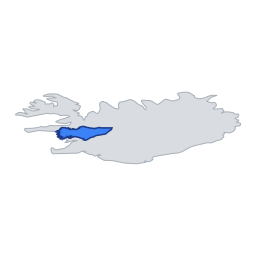 Borgarbyggð, Vesturland, Iceland (highlighted)
{"feature_id": "244011B50787148750106", "entity_name": "Borgarbyggð", "entity_type": "district", "adm_level": 2, "iso_a3": "ISL", "parent_name": "Iceland", "parent_adm1": "Vesturland", "projection": "equal_earth", "projection_center": [-22.083, 64.706], "detail": "fine", "context": "in_parent", "style": "filled", "palette": "blue", "viewbox_px": 256, "rotation_deg": 0, "n_neighbors": 0, "source": "geoboundaries", "source_scale": "gbopen_adm2", "svg_char_len": 7910}
<svg xmlns="http://www.w3.org/2000/svg" viewBox="0 0 256 256"><path d="M198.1,98.7L200.4,98.7L204.2,98.0L209.6,95.8L211.9,95.3L217.2,95.3L210.9,97.4L208.6,99.8L206.9,101.0L207.0,101.5L211.6,102.9L213.8,102.4L214.8,102.6L215.7,103.3L216.4,104.7L216.1,106.1L214.8,107.5L213.2,108.7L213.4,109.0L214.9,109.2L222.3,108.5L223.3,110.3L224.0,110.8L223.8,111.4L221.0,113.3L224.4,112.1L227.2,111.8L232.0,112.4L234.0,113.1L235.2,114.3L237.6,113.9L238.7,114.6L238.8,115.3L237.9,117.3L235.1,118.3L236.9,119.8L238.4,119.8L238.7,120.1L238.6,121.0L236.5,122.0L240.1,123.2L240.6,123.6L240.5,124.9L240.0,125.6L238.9,126.1L236.3,126.1L234.8,126.6L235.4,127.4L235.0,129.6L233.1,131.4L231.3,132.4L229.4,133.0L224.2,132.3L224.5,133.9L222.7,134.9L223.1,135.7L223.8,136.1L223.6,137.1L221.3,139.3L219.7,140.0L216.4,140.8L211.7,142.8L206.8,142.8L195.0,145.6L190.3,147.1L182.0,151.7L178.5,152.9L172.4,153.5L154.0,156.5L152.0,158.4L151.9,158.8L152.8,159.5L151.4,160.8L148.7,161.7L147.4,161.7L145.0,160.9L144.8,161.3L145.7,162.3L136.7,163.8L124.1,163.0L113.0,160.7L104.1,160.3L97.9,157.1L97.7,156.7L98.4,155.7L100.6,155.3L99.5,154.3L95.8,156.0L94.6,156.0L93.0,155.3L92.9,154.6L89.8,154.4L84.4,152.4L84.0,151.9L85.3,151.3L85.0,151.2L82.1,151.3L77.8,153.1L52.7,153.8L51.8,152.8L50.8,149.3L51.7,147.8L52.7,147.9L55.6,149.9L62.4,148.8L65.1,148.1L67.7,146.1L69.1,145.5L71.1,143.0L73.2,141.5L77.5,140.8L73.7,140.4L67.3,142.4L65.2,142.4L66.2,141.5L68.4,140.5L66.9,140.5L66.3,140.0L66.2,139.1L67.3,137.7L74.8,135.1L73.0,134.6L67.9,136.6L64.1,137.2L61.0,136.3L59.6,135.1L59.6,134.6L61.4,133.0L61.2,132.7L59.9,132.6L56.6,131.2L51.4,131.3L38.4,130.5L28.6,132.5L26.2,131.5L24.3,129.6L24.7,128.8L26.5,128.4L31.2,128.4L38.3,127.5L41.5,126.4L42.8,126.7L43.3,127.2L47.7,126.4L50.0,125.4L53.9,125.8L68.5,125.3L70.4,124.0L71.2,122.5L70.8,122.1L65.5,123.6L64.2,123.5L58.0,122.8L55.8,121.9L56.5,121.2L59.8,119.8L68.2,117.3L69.4,116.8L69.5,116.2L66.2,115.2L59.9,115.5L58.3,114.2L53.0,113.5L49.6,113.9L47.7,113.2L27.2,117.1L20.5,115.3L15.8,115.0L15.4,114.5L18.2,112.7L20.1,112.4L22.0,112.6L25.6,113.8L28.1,114.2L25.0,112.4L24.9,110.7L23.9,110.3L22.9,109.2L23.3,108.8L27.1,109.0L33.1,111.0L36.1,110.6L39.9,109.4L31.3,108.7L28.7,107.1L30.6,106.3L35.0,106.4L30.1,103.8L29.9,103.4L30.7,102.2L36.9,103.2L33.7,101.7L33.6,101.3L34.5,101.0L35.1,100.1L36.6,99.7L39.7,100.0L44.5,101.8L45.2,102.3L45.4,104.2L47.3,103.9L49.6,104.1L51.5,102.9L52.8,103.2L53.8,104.3L53.6,106.7L55.0,105.9L57.2,105.8L57.6,103.8L57.2,102.2L49.8,100.4L46.9,99.0L47.2,98.6L48.7,98.2L56.4,97.8L53.1,97.0L52.3,96.2L46.4,96.5L43.5,96.2L43.4,95.8L44.6,95.2L48.1,94.0L54.9,93.9L57.6,94.2L62.8,96.9L66.9,98.0L73.9,101.8L78.4,103.2L78.6,103.6L77.9,104.0L76.2,104.5L78.8,105.1L80.4,106.1L80.5,106.5L79.1,109.6L77.4,110.5L73.3,110.0L74.3,110.9L77.2,112.0L77.9,112.5L77.5,113.1L78.9,112.9L79.3,113.2L78.7,115.0L78.0,115.6L80.4,116.0L82.1,116.8L84.2,120.3L85.3,117.6L85.9,116.6L86.9,116.3L88.1,113.5L90.8,111.9L93.4,111.3L96.1,113.2L98.0,113.4L100.0,110.1L100.2,107.6L99.6,104.9L99.9,103.0L101.2,101.9L102.9,101.5L106.6,102.7L109.8,105.3L114.5,108.2L117.8,109.0L118.3,108.9L118.9,107.9L118.3,104.1L119.8,102.1L123.6,101.6L129.4,99.7L130.7,99.7L133.6,100.7L138.8,104.6L142.6,106.3L144.6,109.2L145.4,109.7L146.2,108.8L146.2,107.6L141.6,101.7L141.5,100.9L141.9,100.2L149.9,100.6L151.7,101.2L157.4,104.6L160.0,103.2L165.2,99.2L167.1,99.4L171.8,101.0L173.6,100.8L178.9,99.4L180.0,97.6L177.5,93.8L178.4,93.1L183.3,92.2L188.7,92.3L194.4,95.8L194.7,97.4L198.1,98.7Z" fill="#d9dde1" stroke="#a8b0b8" stroke-width="1"/><path d="M84.4,140.2L85.8,140.2L87.5,139.4L91.0,137.4L93.4,137.0L95.9,135.6L105.5,134.0L107.8,132.1L111.4,129.5L112.0,127.9L101.9,127.9L98.8,127.5L96.3,128.2L95.3,128.2L95.1,128.5L94.2,128.5L91.4,128.1L90.3,128.1L89.6,127.8L89.3,127.9L89.0,127.7L88.2,127.7L87.8,127.5L85.7,127.1L85.4,126.8L85.1,127.0L84.8,126.9L84.6,126.7L83.1,126.3L81.3,126.8L80.1,126.8L79.9,127.0L79.8,127.5L79.6,127.9L78.6,127.9L78.5,128.0L78.9,128.4L78.3,128.7L77.4,128.9L76.8,129.5L75.9,129.5L74.9,129.1L74.2,129.5L73.3,129.4L73.2,129.0L73.3,128.8L73.1,128.7L72.1,128.7L72.3,128.8L72.2,128.9L71.4,129.5L69.9,129.4L70.2,129.0L70.1,128.5L68.7,128.6L68.5,128.4L68.3,128.5L68.2,128.2L68.5,128.0L68.4,127.8L67.6,128.0L67.1,128.3L66.4,128.4L66.3,128.1L65.7,127.7L65.2,127.7L64.6,127.8L62.2,127.5L61.5,127.7L61.4,127.9L61.2,127.9L60.9,128.3L61.2,128.4L61.0,128.6L61.1,128.8L60.9,128.8L60.3,128.8L60.0,129.0L59.8,129.2L59.7,129.5L59.9,129.6L59.8,129.8L59.7,129.8L59.9,129.9L59.8,130.1L58.9,130.3L58.4,130.6L57.8,130.6L57.6,130.7L57.9,130.9L57.9,131.1L57.7,131.1L57.8,131.2L57.3,131.4L57.0,131.3L56.8,131.5L57.5,131.4L57.9,131.3L57.7,131.4L57.8,131.5L57.5,131.7L57.1,131.9L57.5,132.0L57.8,131.8L58.3,131.8L58.6,131.9L58.8,131.7L59.9,132.1L59.9,132.3L59.3,132.4L59.2,132.5L59.4,132.5L59.5,132.8L59.3,132.8L59.1,133.1L58.8,133.0L58.7,132.9L58.8,132.9L58.5,132.9L58.5,133.3L58.5,133.5L57.7,133.7L57.8,133.9L57.7,134.1L57.8,134.1L58.1,133.9L58.3,133.7L58.6,133.7L58.5,133.8L58.9,133.6L59.3,133.5L59.1,133.6L59.1,133.8L59.6,133.8L59.3,133.9L59.3,134.0L59.1,134.1L59.3,134.1L59.1,134.2L59.1,134.4L58.8,134.6L58.4,134.7L57.9,134.5L57.1,134.3L57.3,134.1L57.0,134.1L56.9,134.3L58.3,134.7L58.4,134.8L58.8,135.2L58.8,135.4L59.0,135.2L59.1,135.3L59.0,135.6L58.9,135.7L59.0,135.7L59.0,135.8L59.2,135.7L59.0,135.8L58.8,136.1L59.0,136.0L58.9,136.1L59.0,136.0L59.4,135.9L59.4,136.0L59.2,136.1L59.3,136.1L59.2,136.2L59.0,136.3L59.2,136.2L59.0,136.6L59.3,136.6L59.5,136.6L59.8,136.7L60.0,136.6L60.0,136.8L60.4,136.4L60.7,136.3L60.9,136.4L61.1,136.5L61.4,136.5L61.5,136.6L61.3,136.6L61.0,136.9L60.6,136.8L60.6,137.0L61.0,136.9L61.3,136.8L61.5,136.9L61.6,136.7L61.8,136.8L61.5,137.0L61.6,137.3L61.8,137.2L62.0,137.2L61.9,137.3L61.6,137.5L61.4,137.7L61.6,137.8L61.5,138.0L61.3,138.0L61.2,138.1L61.2,138.4L61.4,138.2L61.6,138.2L61.4,138.3L61.6,138.6L61.6,138.4L61.6,138.1L61.6,137.9L61.9,138.0L62.2,138.1L62.1,138.4L62.1,138.5L62.4,138.5L62.5,138.6L62.4,138.7L62.5,138.7L62.8,138.6L62.8,138.8L63.0,138.8L63.2,138.6L63.5,138.6L63.1,138.7L63.1,138.8L63.3,138.8L63.9,138.7L64.0,138.5L64.3,138.5L64.1,138.7L64.6,138.6L64.8,138.1L64.7,138.0L64.8,137.9L64.6,137.9L65.0,137.8L65.3,137.6L65.2,137.5L65.3,137.4L65.2,137.4L65.5,137.4L65.7,137.5L65.9,137.3L65.8,137.6L66.0,137.4L66.3,137.4L66.5,137.3L66.6,137.2L66.6,137.4L66.8,137.4L67.0,137.2L67.0,136.9L67.1,137.0L67.3,136.8L67.6,136.9L67.9,136.8L68.0,136.7L68.2,136.8L68.1,137.0L67.7,137.1L67.9,137.2L68.1,137.1L68.4,137.2L68.2,137.1L68.2,136.9L68.6,136.8L68.5,136.7L69.0,136.5L68.9,136.7L69.2,136.6L69.3,136.6L69.1,136.5L69.1,136.4L69.6,136.3L69.7,136.2L71.1,136.0L70.7,136.7L70.3,136.9L69.9,137.0L70.8,137.0L70.3,137.2L69.2,137.4L68.9,137.4L68.6,137.3L68.5,137.5L68.8,137.6L68.8,137.8L68.7,137.9L69.1,138.2L69.5,138.1L70.5,138.2L71.2,137.9L71.5,137.7L71.6,137.4L71.9,137.2L71.6,136.9L71.9,136.8L72.3,136.8L72.2,137.0L72.5,137.1L73.1,137.2L73.4,137.0L73.7,136.5L76.5,136.9L77.1,136.9L77.7,137.2L78.6,137.3L79.3,137.5L79.7,137.8L81.0,138.2L81.4,138.4L82.1,138.6L83.1,138.6L83.9,138.9L84.0,139.3L83.8,139.5L84.2,139.5L84.2,139.8L84.1,140.0L84.4,140.2ZM59.1,137.2L58.6,137.4L58.7,137.6L59.0,137.5L59.4,137.5L59.5,137.3L59.4,137.3L59.4,137.2L59.1,137.2ZM58.1,132.7L57.7,132.5L56.8,131.9L56.6,131.9L57.8,132.7L58.2,132.8L58.4,132.7L57.9,132.6L58.0,132.7L58.3,132.6L58.1,132.7ZM62.1,138.6L61.9,138.5L61.6,138.7L62.1,138.7L62.4,138.9L62.8,138.9L62.4,138.9L62.1,138.7L62.1,138.6ZM59.4,136.8L58.9,136.6L58.7,136.7L59.0,136.8L59.2,137.0L59.4,136.9L59.6,136.8L59.4,136.9L59.4,136.8ZM61.3,137.2L61.2,137.4L61.5,137.4L61.4,137.4L61.4,137.5L61.6,137.4L61.4,137.3L61.4,137.2L61.3,137.2ZM60.6,137.5L60.6,137.8L60.7,137.7L60.6,137.5ZM65.2,137.9L65.3,137.7L65.1,137.8L64.9,137.8L65.2,137.9ZM61.2,137.4L60.9,137.3L61.0,137.4L61.0,137.5L61.2,137.4ZM60.4,137.9L60.2,137.8L60.2,138.0L60.4,137.9ZM60.3,137.1L60.1,137.1L60.3,137.1ZM58.6,135.6L58.8,135.4L58.5,135.6L58.6,135.6Z" fill="#3b82f6" stroke="#1e3a8a" stroke-width="1.5"/></svg>